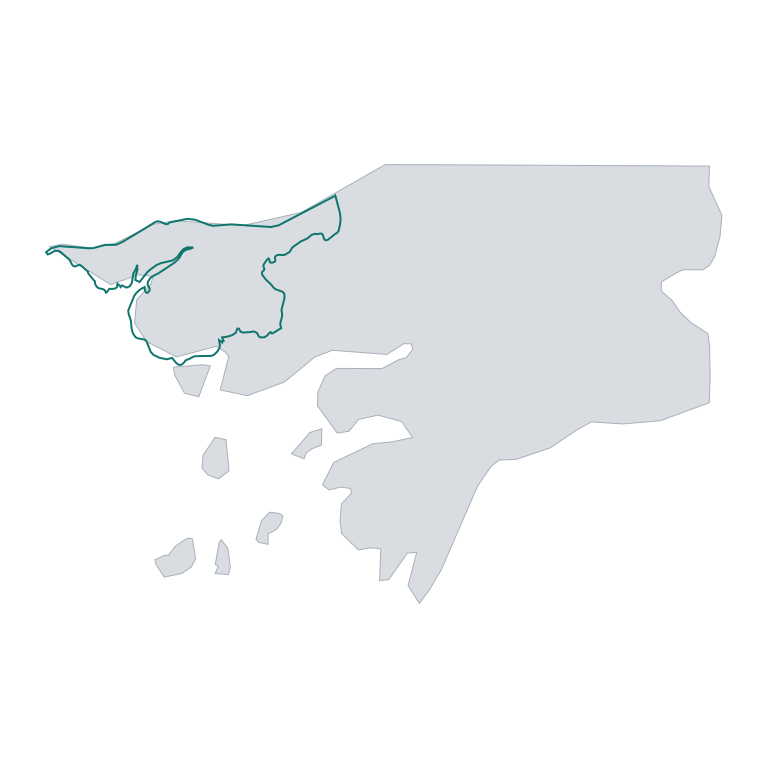 location of Cacheu within Guinea-Bissau
{"feature_id": "GNB-771", "entity_name": "Cacheu", "entity_type": "Region", "adm_level": 1, "iso_a3": "GNB", "parent_name": "Guinea-Bissau", "parent_adm1": "", "projection": "robinson", "projection_center": [-16.012, 12.221], "detail": "fine", "context": "in_parent", "style": "outline", "palette": "teal", "viewbox_px": 768, "rotation_deg": 0, "n_neighbors": 0, "source": "natural_earth", "source_scale": "10m", "svg_char_len": 5012}
<svg xmlns="http://www.w3.org/2000/svg" viewBox="0 0 768 768"><path d="M49.8,246.6L61.9,244.2L91.9,248.1L115.1,243.3L131.5,235.3L153.8,224.2L175.4,220.7L242.7,225.6L301.3,212.4L344.9,187.5L385.1,164.6L437.1,164.8L493.0,165.0L572.4,165.4L635.3,165.7L709.5,166.1L708.8,186.5L721.9,215.4L720.0,236.8L714.4,257.2L709.5,265.2L703.0,269.9L683.1,269.7L674.7,273.8L661.5,281.8L661.2,291.1L671.7,300.0L680.4,312.5L690.6,322.3L707.9,333.6L709.6,346.2L710.1,377.9L709.2,402.7L660.4,420.7L623.0,423.9L591.3,421.9L577.5,429.5L550.0,448.0L516.2,459.3L498.9,460.1L490.7,466.8L477.6,486.0L441.1,570.1L429.1,590.3L419.3,603.4L408.1,585.6L416.7,552.5L407.4,553.0L388.7,579.7L379.6,580.6L380.8,548.9L370.4,547.8L358.5,550.0L341.7,533.5L340.0,521.2L341.4,504.0L351.6,493.0L350.2,488.4L340.3,487.1L329.3,490.0L322.5,484.8L333.7,462.5L372.8,443.7L392.4,441.8L412.6,437.5L401.6,421.5L377.7,415.1L358.5,419.5L349.0,431.2L337.2,433.1L317.5,405.8L317.9,392.0L325.2,375.7L336.6,368.4L381.9,368.6L399.2,359.5L406.1,357.8L412.7,349.4L411.3,343.9L403.9,343.6L387.0,354.4L332.4,350.3L314.9,356.9L284.6,381.9L247.2,395.7L220.2,389.9L228.8,356.3L224.9,351.8L216.4,346.3L176.6,356.9L146.5,341.6L134.6,323.1L136.7,299.8L150.9,284.1L153.1,276.3L138.1,274.8L110.6,284.6L49.8,246.6ZM181.9,573.4L164.2,577.1L156.1,564.6L154.9,559.7L164.1,555.5L168.3,555.3L175.3,546.3L184.0,540.2L187.9,538.2L192.3,538.6L195.6,558.7L191.3,567.1L181.9,573.4ZM229.0,470.8L218.6,478.8L207.9,475.0L202.1,468.0L203.0,455.3L215.1,437.4L226.0,439.7L229.0,470.8ZM210.3,365.8L198.8,396.7L184.6,393.3L174.6,374.9L173.5,367.2L202.4,364.7L210.3,365.8ZM268.1,534.0L268.1,544.3L258.8,542.4L256.0,539.3L261.6,520.6L269.8,512.2L279.9,513.6L282.9,516.1L281.0,523.3L276.6,529.2L268.1,534.0ZM306.2,452.9L304.1,458.7L291.5,453.8L309.9,432.5L321.8,428.8L321.4,445.2L312.2,448.6L306.2,452.9ZM230.3,567.5L228.3,574.5L215.2,573.5L218.2,566.4L215.3,564.3L219.1,543.0L221.1,539.7L227.4,547.6L228.2,550.9L230.3,567.5Z" fill="#d9dde1" stroke="#a8b0b8" stroke-width="1"/><path d="M271.1,227.0L278.7,225.3L334.5,196.1L335.2,195.5L335.7,197.0L339.8,212.4L340.6,218.2L340.4,221.6L339.9,225.2L338.6,230.8L337.6,232.3L336.4,233.3L335.3,233.9L328.0,239.7L326.7,240.2L325.4,240.2L324.6,239.5L323.9,238.5L322.7,234.5L321.8,233.8L320.6,233.6L319.3,233.7L318.2,234.0L317.5,234.1L316.5,234.1L315.5,233.8L313.7,234.1L311.5,235.0L307.5,238.3L305.2,239.5L301.0,241.3L292.5,247.3L291.4,248.9L290.2,251.2L289.1,252.3L284.7,254.8L283.4,255.1L279.3,254.8L277.7,255.0L275.7,256.0L275.0,257.1L275.0,258.4L275.3,259.6L275.1,261.3L274.2,262.0L273.0,262.5L271.6,262.6L270.5,262.6L269.7,262.0L269.3,259.6L268.6,258.4L267.4,259.2L266.1,260.9L263.6,264.7L263.4,266.4L263.8,267.5L264.3,268.5L264.0,270.1L262.3,271.7L262.0,272.8L262.0,273.9L262.4,275.0L263.1,276.0L266.1,279.8L271.2,284.6L273.4,287.4L274.2,288.2L275.1,288.9L276.2,289.5L282.2,291.6L283.1,292.3L283.9,293.3L284.4,294.3L284.5,296.3L284.3,299.0L281.6,309.3L281.6,310.9L281.9,312.2L282.1,314.0L282.1,316.1L280.3,323.4L280.4,325.0L280.6,326.2L281.2,328.1L272.4,333.5L272.1,333.8L272.3,334.0L270.6,332.1L269.3,333.0L267.3,335.4L264.2,337.4L260.1,337.3L258.7,336.2L257.2,333.3L255.5,332.1L253.6,331.4L252.6,331.5L251.7,331.9L243.3,332.6L240.5,331.7L238.9,328.6L237.4,328.6L235.8,332.8L231.7,335.4L226.6,336.8L222.1,337.3L222.7,339.1L223.0,339.8L223.6,340.8L222.9,341.1L222.4,341.0L222.1,341.3L222.1,342.4L220.4,341.3L219.1,340.2L219.2,341.4L219.9,344.8L219.5,347.9L217.6,351.2L214.4,354.5L211.3,355.9L194.9,356.2L192.8,357.0L188.4,359.3L186.6,359.8L185.4,360.6L184.0,362.5L182.2,364.3L179.7,365.0L177.5,364.1L175.6,362.3L172.1,357.9L166.7,359.3L159.6,357.8L153.5,354.9L150.8,352.0L146.3,340.8L144.2,339.5L138.2,338.4L135.7,337.3L133.8,334.9L132.4,331.8L131.6,328.2L130.8,320.5L128.7,314.0L128.2,310.6L134.2,295.9L136.5,292.8L139.1,290.4L141.8,288.5L144.7,287.1L144.8,290.1L145.9,292.4L147.5,292.9L149.5,290.6L149.7,288.5L147.7,284.8L147.8,282.0L150.3,278.0L154.1,275.4L158.2,273.5L174.4,262.7L178.0,259.4L179.8,257.1L182.2,252.8L184.2,250.8L186.2,249.8L191.1,248.5L193.3,247.5L187.4,247.3L183.5,249.1L180.4,252.5L177.4,256.9L172.9,260.4L161.5,263.0L156.9,264.8L149.3,270.3L147.1,272.4L139.6,282.0L135.4,280.0L135.8,275.4L137.4,269.7L137.2,264.8L136.1,268.5L133.3,273.5L131.9,282.7L129.8,286.3L126.4,287.6L122.1,285.4L120.6,287.1L120.0,286.0L117.5,283.7L117.0,287.0L115.3,288.5L112.5,288.9L109.2,288.9L108.6,289.8L107.3,291.6L106.0,292.7L105.4,291.5L105.0,290.5L104.1,289.7L102.8,289.1L98.6,288.2L96.5,286.5L95.2,284.0L94.8,281.1L93.4,279.8L88.1,273.1L88.0,271.5L86.5,270.5L81.8,266.1L79.7,264.8L78.7,265.0L75.3,266.4L73.7,266.3L72.4,265.1L70.3,261.2L69.1,259.4L60.9,252.2L58.4,250.8L55.1,250.8L52.6,252.0L50.3,253.5L47.7,254.4L46.1,252.2L51.1,248.3L59.3,246.1L89.3,248.3L93.3,248.1L104.9,244.9L116.0,244.8L122.7,241.8L140.5,231.1L155.7,221.8L158.1,221.3L160.4,221.8L165.2,223.9L167.0,224.2L168.1,223.8L169.0,222.9L170.5,222.2L187.2,218.9L195.1,219.7L208.9,224.9L213.2,225.8L230.7,224.4L232.9,224.5L271.1,227.0Z" fill="none" stroke="#0f766e" stroke-width="2"/></svg>